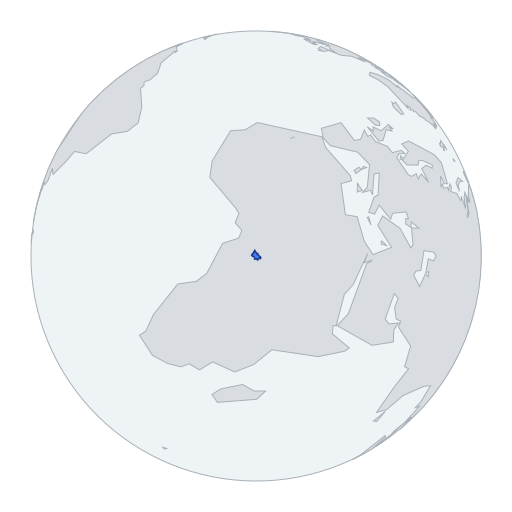 Mambéré-Kadéï on an orthographic globe, rotated 59°
{"feature_id": "CAF-801", "entity_name": "Mambéré-Kadéï", "entity_type": "Prefecture", "adm_level": 1, "iso_a3": "CAF", "parent_name": "Central African Republic", "parent_adm1": "", "projection": "orthographic", "projection_center": [15.964, 4.523], "detail": "medium", "context": "on_globe", "style": "filled", "palette": "blue", "viewbox_px": 512, "rotation_deg": 59, "n_neighbors": 0, "source": "natural_earth", "source_scale": "10m", "svg_char_len": 8228}
<svg xmlns="http://www.w3.org/2000/svg" viewBox="0 0 512 512"><g transform="rotate(59 256 256)"><circle cx="256" cy="256" r="225" fill="#eef3f6" stroke="#a8b0b8"/><path d="M177.7,44.8L180.1,43.9L174.7,46.0L169.1,48.2L168.5,48.4L177.7,44.8ZM116.2,79.4L119.5,76.8L126.4,71.7L131.9,68.2L139.7,63.2L143.0,61.3L151.6,56.5L151.8,56.9L147.3,60.1L140.2,64.3L138.1,66.1L146.0,62.3L134.0,71.2L128.1,79.3L124.8,82.1L116.2,86.1L113.2,84.9L102.0,92.9L110.7,87.7L102.3,95.8L101.6,97.5L102.9,97.4L106.6,94.6L104.1,97.7L94.6,103.2L96.7,100.4L99.7,98.5L98.2,98.3L91.8,103.3L88.1,107.7L82.2,112.8L79.5,116.2L76.7,119.7L81.4,113.7L72.8,125.0L70.8,127.8L80.7,114.5L91.7,101.9L103.5,90.2L116.2,79.4ZM34.9,212.6L36.2,208.3L33.7,221.3L36.3,209.9L35.7,216.6L39.6,217.9L38.7,220.7L41.6,237.8L48.8,246.4L50.4,256.4L49.2,262.2L52.5,264.5L52.6,268.5L69.6,277.2L81.2,288.5L82.9,302.1L77.0,316.8L80.9,348.9L72.9,357.7L77.1,370.4L81.6,387.9L75.9,385.3L84.0,395.1L86.1,400.0L84.1,399.6L89.3,406.0L88.2,405.6L92.9,410.3L99.3,417.8L107.1,424.9L112.7,429.8L98.6,417.2L85.7,403.4L73.9,388.6L63.4,372.9L44.5,333.0L41.2,323.8L40.2,320.8L35.7,303.1L32.6,285.2L31.0,267.0L30.8,248.8L32.2,230.6L34.9,212.6ZM45.8,174.9L44.7,178.1L44.5,178.3L45.8,174.9ZM150.9,56.8L151.2,56.7L149.5,57.6L150.9,56.8ZM154.7,54.8L154.4,55.0L152.7,55.8L154.7,54.8ZM162.5,51.0L156.8,53.8L156.3,54.0L162.5,51.0ZM189.5,41.2L189.7,40.9L193.2,39.9L189.5,41.2ZM206.5,36.2L202.0,37.3L200.8,37.8L197.7,38.7L199.8,37.8L206.5,36.2ZM211.5,35.1L210.6,35.4L210.2,35.4L211.0,35.3L211.5,35.1ZM215.4,34.4L213.9,34.7L213.3,34.8L215.4,34.4ZM223.5,33.2L215.2,34.6L211.9,35.1L220.5,33.6L223.5,33.2ZM121.2,436.5L127.4,440.9L129.0,442.1L121.2,436.5ZM120.3,435.0L119.7,433.8L121.5,435.0L122.4,436.2L120.3,435.0ZM466.0,174.6L468.0,180.1L471.3,189.5L478.0,217.5L478.7,222.7L477.9,217.6L474.0,205.7L476.8,222.0L479.9,235.3L481.1,251.5L480.3,246.6L478.7,232.5L477.2,227.9L475.1,213.6L469.0,193.2L468.0,197.4L465.6,189.2L457.1,173.2L454.2,179.1L451.3,201.9L455.0,223.3L452.2,233.3L438.8,203.3L431.3,183.3L427.4,185.6L412.8,169.8L390.3,170.5L386.3,165.6L382.2,168.3L371.8,163.8L365.4,155.9L359.4,156.8L376.5,177.7L382.7,177.0L386.8,168.3L390.4,176.0L400.4,182.6L392.3,202.6L357.6,222.2L352.9,206.4L319.6,165.2L319.9,160.5L319.7,160.0L319.2,159.1L317.5,166.8L311.4,159.0L330.5,187.3L334.3,200.0L357.1,223.2L355.3,225.9L362.2,230.6L382.8,223.4L383.3,228.8L374.3,254.5L344.6,290.6L347.8,313.8L344.5,333.9L324.4,347.8L324.6,363.1L314.0,368.8L312.3,377.5L302.9,386.9L287.9,395.9L263.9,396.7L263.6,389.0L253.4,374.1L239.7,337.4L247.0,320.2L245.4,307.0L227.9,278.0L231.8,261.6L226.8,254.9L216.7,256.8L210.8,248.8L204.6,248.7L164.9,255.1L152.1,244.8L135.5,213.2L142.2,200.5L142.3,186.1L187.8,138.1L198.7,140.4L235.9,133.8L240.7,135.3L237.7,145.8L266.6,158.1L274.4,149.1L299.3,155.6L315.1,154.9L318.4,135.3L292.6,135.9L286.8,126.8L306.5,118.3L328.8,119.1L327.3,115.7L312.1,108.2L316.1,102.1L306.7,105.3L311.3,108.6L305.6,111.1L301.0,108.3L302.6,106.0L295.5,104.7L289.7,116.9L293.8,121.6L275.9,124.3L281.1,132.7L276.6,136.9L266.3,124.4L266.5,119.8L248.3,107.6L246.5,112.5L263.6,124.7L258.7,123.8L256.4,131.8L254.3,125.1L236.2,111.6L219.4,115.3L199.8,135.4L189.6,137.6L180.2,134.2L185.5,114.5L207.7,112.1L209.8,106.2L203.8,98.3L211.0,98.6L211.3,95.4L219.5,94.7L229.6,86.9L237.7,85.9L240.2,77.0L244.7,75.6L242.0,81.0L244.4,84.7L264.5,83.6L267.9,81.7L267.9,76.3L273.4,77.2L270.8,72.1L281.6,70.1L266.3,68.8L265.9,63.5L271.5,59.7L268.7,58.0L259.4,64.5L258.2,67.5L261.5,70.2L255.8,79.5L249.3,81.3L244.8,71.5L235.0,73.4L235.9,66.0L260.4,51.3L271.4,49.0L292.6,54.7L290.9,57.5L282.5,56.6L291.7,61.7L290.3,59.2L294.8,60.3L295.6,56.5L298.9,57.1L294.0,52.7L298.1,53.1L301.1,55.9L305.8,51.6L313.9,52.1L313.4,50.9L310.5,49.5L322.7,51.7L321.8,50.8L317.4,49.6L312.7,47.3L309.1,44.2L313.6,45.1L315.5,46.3L326.1,50.7L330.4,54.4L331.9,54.5L329.2,51.6L316.2,46.2L312.8,44.2L319.3,46.3L316.7,45.3L316.4,44.7L320.2,45.0L313.3,42.7L304.0,36.7L310.5,37.6L317.3,39.6L316.1,38.9L331.5,43.7L346.5,49.7L361.0,56.7L375.0,64.7L388.4,73.7L401.1,83.6L413.0,94.5L424.2,106.1L434.5,118.5L443.9,131.7L452.3,145.4L459.7,159.7L466.0,174.6ZM173.7,161.8L172.9,166.0L173.7,161.8ZM353.8,130.8L366.4,131.4L358.4,119.8L362.6,119.3L358.3,115.8L357.8,119.0L347.1,109.7L351.6,106.5L348.9,101.8L344.5,101.5L337.9,109.2L353.2,122.1L351.3,126.9L353.8,130.8ZM39.8,217.8L40.0,220.5L39.1,220.3L39.8,217.8ZM44.0,186.7L44.3,188.2L43.2,188.8L44.0,186.7ZM44.2,179.7L43.6,186.0L41.5,188.9L42.2,185.2L42.7,184.6L44.2,179.7ZM102.9,95.5L103.6,95.2L104.2,95.8L102.4,96.9L102.9,95.5ZM116.0,91.8L111.6,97.0L113.5,93.8L110.1,95.9L109.9,92.4L123.1,83.4L117.2,87.8L116.0,91.8ZM113.2,86.0L111.9,88.7L112.8,86.2L113.2,86.0ZM204.6,81.1L207.9,82.6L205.4,86.2L195.1,89.3L198.5,84.0L204.6,81.1ZM213.1,84.2L211.5,74.7L217.9,73.0L214.6,75.4L218.9,75.2L214.8,79.3L222.4,87.7L220.7,91.5L202.5,94.1L209.4,90.9L205.8,89.2L213.1,84.2ZM196.4,59.5L195.8,57.1L210.4,56.2L209.2,58.8L198.9,61.5L194.1,60.3L196.4,59.5ZM169.6,48.5L168.4,48.8L170.2,48.0L172.7,47.1L169.6,48.5ZM192.6,39.8L194.2,39.4L194.5,39.3L189.8,40.7L193.6,39.7L187.1,41.7L189.3,41.2L176.6,46.9L174.6,47.3L169.5,51.0L162.3,53.8L165.8,51.2L156.4,56.5L156.8,55.3L151.0,59.0L159.7,52.9L159.6,52.6L162.4,51.7L169.0,49.0L171.9,47.8L179.8,44.2L182.3,43.1L192.6,39.8ZM238.9,35.0L233.3,35.1L239.9,36.4L233.4,37.2L234.6,37.3L230.4,38.6L227.3,40.5L224.2,40.8L224.3,41.5L221.6,42.6L220.7,43.7L214.8,44.8L213.3,46.5L211.4,46.1L210.4,48.7L208.5,47.3L204.7,49.1L208.5,49.5L178.6,55.9L167.6,60.7L159.4,65.8L157.2,63.6L163.5,57.8L174.0,51.3L184.9,47.5L181.9,47.5L186.3,45.9L186.8,46.5L188.6,44.6L192.4,43.5L201.7,39.7L202.0,38.4L205.4,37.4L207.2,37.3L209.3,36.3L215.0,35.7L217.5,35.1L225.7,34.2L227.6,35.1L230.3,34.3L236.6,34.0L238.9,35.0ZM225.7,32.9L229.5,33.0L227.7,33.8L214.3,35.1L211.2,35.8L202.5,37.4L205.2,36.5L207.4,36.1L210.2,35.5L208.3,36.0L211.9,35.2L215.1,34.7L218.8,34.0L219.0,34.1L225.7,32.9ZM245.5,131.3L249.1,131.6L254.6,131.0L253.3,136.3L245.5,131.3ZM232.9,122.1L236.1,121.3L236.9,127.8L233.1,127.8L232.9,122.1ZM237.1,115.7L236.2,120.8L234.5,118.0L237.1,115.7ZM244.8,80.3L248.1,79.5L248.7,80.7L247.2,82.7L244.8,80.3ZM257.0,41.4L254.1,40.7L254.9,40.3L252.1,38.3L256.7,37.9L260.2,39.0L257.0,41.4ZM314.4,138.7L310.3,142.6L307.7,140.8L309.6,139.8L314.4,138.7ZM280.6,139.2L288.7,141.5L280.2,140.7L280.6,139.2ZM261.6,40.6L259.9,39.7L263.2,40.1L261.6,40.6ZM259.9,37.6L263.7,37.8L256.9,37.6L259.9,37.6ZM374.9,431.6L374.3,434.0L371.9,434.4L374.9,431.6ZM379.2,329.1L361.6,364.5L352.1,365.1L351.7,355.0L359.2,333.7L370.7,327.2L376.7,317.4L379.2,329.1ZM479.7,283.0L479.7,282.6L479.7,283.0ZM480.2,278.2L480.3,268.4L476.4,237.8L477.9,238.1L481.1,256.2L481.0,259.6L481.0,266.8L480.2,278.2ZM455.8,225.3L460.0,237.9L458.0,240.3L455.8,225.3ZM298.4,40.5L297.2,43.3L299.4,46.1L305.4,48.4L296.4,46.9L293.0,42.5L298.4,40.5ZM302.8,36.8L297.6,35.5L300.1,35.8L301.7,36.1L302.8,36.8ZM299.5,36.2L292.5,35.4L289.7,34.5L295.8,35.3L299.5,36.2ZM277.2,36.7L276.5,37.5L273.8,37.0L277.2,36.7Z" fill="#d9dde1" stroke="#a8b0b8" stroke-width="1"/><path d="M252.6,257.6L252.5,257.2L252.5,256.9L252.4,256.8L252.3,256.6L252.2,256.4L251.4,255.9L251.2,255.8L251.1,255.6L251.1,255.4L251.0,255.1L251.1,254.9L251.0,254.5L250.9,254.4L251.0,254.2L250.9,254.1L251.3,254.1L251.6,254.1L251.8,254.1L252.0,254.1L252.3,254.3L252.6,254.2L253.4,254.1L253.5,254.1L253.8,254.1L254.1,253.9L254.4,254.0L254.5,254.0L254.9,254.1L254.9,253.6L255.0,253.3L255.0,253.2L255.2,253.3L255.3,253.5L255.4,253.8L255.5,253.8L255.9,253.7L256.0,253.8L258.2,253.0L258.8,252.7L259.0,252.6L259.3,252.7L259.7,252.7L259.8,252.7L260.2,253.0L260.3,253.1L260.5,253.5L260.3,253.6L260.2,253.7L260.0,253.8L260.2,254.0L260.0,254.3L259.7,254.5L259.4,254.6L259.4,255.2L259.5,255.4L259.8,256.0L260.0,256.2L260.1,256.3L260.2,256.5L260.3,256.6L260.1,256.7L259.9,256.5L259.7,256.4L259.2,256.7L259.0,257.1L258.8,257.0L258.7,257.1L258.6,257.3L258.5,257.5L258.5,257.9L258.4,258.1L258.3,258.3L258.0,258.5L257.9,258.7L257.7,258.5L257.4,258.5L257.2,258.4L256.6,258.2L256.3,258.1L255.7,258.2L255.1,258.4L254.6,258.7L254.5,259.0L254.4,259.0L254.2,259.1L254.1,258.9L253.9,259.0L253.2,259.4L252.9,259.0L252.6,258.5L252.3,258.0L252.6,258.0L253.0,257.8L252.9,257.8L252.7,257.6L252.6,257.6Z" fill="#3b82f6" stroke="#1e3a8a" stroke-width="1.5"/></g></svg>